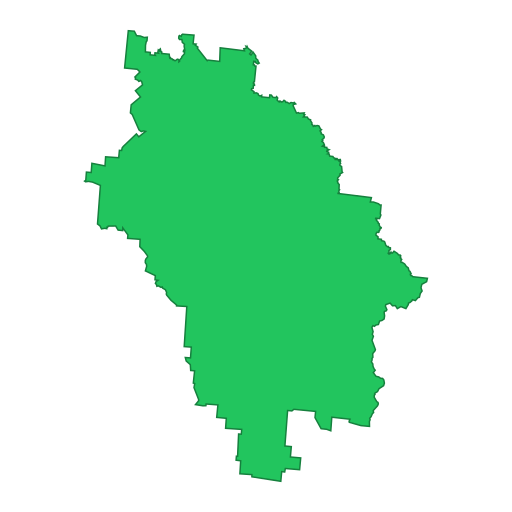 outline of Charters Towers, Queensland, Australia
{"feature_id": "25037944B10597176528862", "entity_name": "Charters Towers", "entity_type": "district", "adm_level": 2, "iso_a3": "AUS", "parent_name": "Australia", "parent_adm1": "Queensland", "projection": "albers", "projection_center": [146.233, -20.209], "detail": "fine", "context": "isolated", "style": "filled", "palette": "green", "viewbox_px": 512, "rotation_deg": 0, "n_neighbors": 0, "source": "geoboundaries", "source_scale": "gbopen_adm2", "svg_char_len": 5992}
<svg xmlns="http://www.w3.org/2000/svg" viewBox="0 0 512 512"><path d="M280.8,481.3L281.7,471.6L284.7,472.0L285.3,468.5L299.6,469.7L300.7,457.9L290.4,457.0L291.3,446.6L284.9,446.0L287.6,410.5L291.9,410.9L293.9,409.3L315.6,411.4L315.0,417.6L321.1,428.7L326.7,429.3L330.8,430.8L331.8,417.2L350.0,419.2L349.1,421.2L349.3,422.3L360.9,425.6L369.5,426.4L369.4,421.5L370.1,419.8L369.7,418.3L371.1,416.7L372.4,413.6L373.6,412.6L373.2,410.6L377.6,405.7L378.3,403.9L378.0,402.4L376.8,401.7L374.2,397.2L374.3,395.4L375.0,394.3L374.6,393.9L375.1,393.0L377.5,391.6L379.0,388.7L383.6,385.7L384.4,383.1L383.8,379.9L382.6,378.4L380.6,378.3L378.7,376.9L376.0,376.3L373.3,372.6L375.2,370.2L374.1,368.9L373.0,366.3L372.8,363.9L371.4,361.9L372.1,359.9L372.0,358.4L372.9,357.3L372.7,353.6L375.0,350.8L375.4,349.6L372.0,340.3L373.4,336.3L372.3,334.4L373.1,331.7L371.9,327.4L373.0,325.6L374.4,326.3L376.0,325.0L378.4,324.5L379.6,321.0L381.9,320.5L384.1,319.0L384.6,315.9L384.1,312.3L384.5,311.4L386.3,310.8L386.9,309.7L385.4,306.2L385.8,304.6L390.1,303.1L392.5,305.8L395.4,305.6L397.3,308.6L400.9,306.6L405.9,308.6L408.3,304.6L408.5,303.0L409.8,302.6L411.9,300.9L412.4,299.7L415.4,300.6L417.9,297.7L419.4,297.3L420.3,293.5L422.1,291.0L421.0,287.8L421.8,284.3L426.6,281.7L427.4,278.3L412.8,276.7L411.7,275.6L410.9,275.6L410.3,274.7L410.4,274.0L411.1,273.7L410.0,271.4L409.0,270.7L408.2,267.8L406.3,266.4L404.7,264.0L402.1,262.3L401.1,262.4L400.8,261.1L401.7,259.4L400.6,258.6L400.9,258.0L400.2,257.0L400.8,255.9L400.3,255.1L398.5,254.9L397.5,253.5L394.0,251.2L392.4,253.1L391.4,253.0L391.0,252.1L390.0,253.8L389.0,254.1L388.2,253.2L389.1,252.7L388.9,250.5L390.4,249.5L390.4,247.8L388.6,247.4L388.2,246.5L387.5,246.7L385.9,245.5L384.7,241.9L383.9,241.2L381.5,240.7L381.4,239.3L377.9,238.8L378.1,236.9L375.9,235.1L376.1,233.4L377.0,232.2L378.2,232.5L379.1,231.9L379.0,230.8L379.9,230.0L380.0,228.5L381.0,228.4L381.2,227.5L380.4,227.3L379.2,225.2L379.3,223.9L378.2,223.2L378.2,222.3L376.4,220.2L376.7,219.5L375.6,218.7L375.8,218.2L379.5,218.6L380.9,215.0L380.3,214.0L381.1,205.0L380.0,205.0L378.4,203.7L373.4,202.0L370.3,202.0L371.4,197.6L337.4,193.4L339.2,192.8L338.7,191.0L339.6,189.7L339.0,189.0L339.2,184.5L337.7,182.8L337.9,182.2L337.2,181.0L338.4,179.7L337.6,179.3L337.7,177.8L340.1,175.2L339.9,174.0L342.6,172.5L342.1,171.8L341.6,166.5L339.9,165.4L339.8,164.2L340.6,163.6L339.9,161.4L340.6,161.1L340.3,159.5L339.4,159.6L339.8,161.0L339.1,161.2L337.0,158.5L336.1,158.6L336.4,159.5L335.1,159.5L334.8,158.1L333.7,157.8L332.9,156.5L329.7,156.1L329.1,154.1L328.0,153.9L328.7,153.6L328.7,152.3L326.7,151.4L326.8,150.9L329.1,149.7L327.0,148.9L326.8,147.4L324.7,147.3L324.5,145.9L323.6,146.5L322.3,146.2L324.3,144.6L323.3,142.4L321.9,141.5L322.8,140.3L322.2,139.6L323.9,138.2L324.3,137.0L323.4,134.9L321.2,133.8L321.1,132.3L320.0,130.9L321.5,129.7L320.5,129.0L318.9,125.9L317.1,125.5L315.2,126.2L314.8,125.5L313.3,126.4L312.7,125.0L311.7,124.4L312.0,123.0L310.5,120.7L310.6,119.8L308.4,119.0L307.3,117.1L303.4,116.9L304.3,115.9L304.0,115.1L304.8,114.7L303.7,113.9L304.2,112.9L299.2,113.3L298.5,112.6L296.5,113.1L293.1,105.7L293.3,104.6L295.7,103.9L294.2,102.4L293.5,103.0L291.0,102.5L289.2,103.6L287.3,102.3L285.8,102.4L285.6,101.4L284.0,100.3L282.7,101.7L281.6,102.0L280.0,101.0L279.7,101.9L279.1,101.9L277.1,100.1L277.7,98.0L276.6,96.6L275.8,97.6L272.9,97.3L271.4,95.1L269.8,94.9L269.5,97.7L261.6,96.9L261.7,95.3L260.1,96.0L258.5,95.1L258.0,93.6L256.5,92.9L253.9,93.0L254.0,91.6L251.4,89.9L251.7,88.6L253.2,88.3L253.4,85.3L254.5,85.3L254.4,84.1L253.3,83.2L253.7,82.0L254.4,81.8L256.0,66.1L254.7,66.0L254.4,64.9L253.3,64.8L253.7,61.3L255.4,61.5L255.3,62.4L257.8,63.9L259.2,63.1L258.0,61.3L257.9,60.2L255.8,58.3L255.7,55.8L253.1,52.2L251.0,55.0L249.6,53.9L251.8,51.2L247.9,48.2L247.1,46.5L246.9,47.1L246.1,46.6L246.5,47.6L245.7,48.4L243.8,48.7L244.5,50.8L220.2,47.8L219.7,61.4L207.9,60.1L207.2,60.7L197.3,48.1L197.9,47.1L195.3,45.2L196.1,44.1L193.1,43.8L194.0,35.1L182.5,34.2L181.7,34.9L181.3,36.4L179.5,35.5L178.9,36.1L178.7,38.2L179.5,39.5L181.9,39.5L182.3,42.4L184.5,44.3L184.1,46.0L184.8,50.1L183.9,50.0L183.3,51.2L183.4,51.7L184.6,51.8L184.4,53.8L181.9,56.6L181.6,57.8L179.5,60.1L179.6,61.3L178.9,61.8L179.0,60.3L178.3,59.4L177.3,59.2L175.3,60.7L174.2,60.5L173.7,59.7L172.8,59.8L172.4,59.0L169.9,58.4L169.7,57.6L170.2,57.4L169.5,56.8L169.2,54.2L161.7,53.5L161.8,52.0L160.9,51.4L160.3,48.9L159.6,49.6L159.5,50.9L158.3,49.9L157.8,52.4L158.4,53.2L155.0,52.8L154.8,54.6L155.3,55.4L150.1,54.8L150.3,52.4L145.4,51.9L145.5,45.3L146.2,41.8L147.0,40.8L147.3,37.2L144.2,37.5L140.3,36.0L136.6,35.7L134.3,31.2L128.3,30.7L124.6,68.0L137.3,69.3L139.9,72.0L134.9,77.0L135.5,77.5L135.3,79.2L137.6,80.0L138.9,81.4L140.6,80.5L141.8,81.9L142.5,84.9L135.4,90.7L140.5,97.0L131.2,104.8L130.4,112.9L132.2,114.4L139.0,129.9L141.3,131.6L143.2,130.9L145.6,131.4L138.8,136.8L136.4,133.9L123.3,146.4L122.2,147.8L121.6,150.5L119.4,150.3L118.7,157.7L105.6,156.8L105.0,165.9L91.9,163.3L91.2,172.5L86.4,172.1L85.8,180.3L84.6,181.1L85.6,181.8L88.5,181.4L92.5,182.1L100.4,185.4L97.5,224.0L100.0,225.9L101.5,228.9L104.7,228.3L106.8,228.7L106.9,227.2L107.6,227.3L108.2,226.1L115.7,226.0L118.1,230.1L122.7,230.6L122.8,227.9L127.9,234.9L127.6,238.4L140.1,239.3L139.8,246.7L144.4,251.5L147.5,255.8L147.6,256.9L145.8,259.1L145.3,260.6L145.3,262.7L146.4,264.3L146.7,266.2L145.4,270.9L155.3,275.6L155.0,279.8L158.0,280.3L156.1,281.6L155.4,283.4L156.4,284.5L156.9,286.3L158.2,285.8L160.9,287.3L162.3,287.0L162.6,288.1L165.4,289.7L166.6,292.4L166.3,294.1L166.7,295.1L171.0,300.3L176.5,304.9L176.5,305.9L186.8,306.5L184.2,346.6L191.3,347.1L190.5,357.9L185.3,357.5L186.2,361.0L190.3,364.6L190.7,370.5L194.6,370.8L193.3,383.1L194.7,383.5L194.0,387.6L198.6,399.4L198.6,400.8L195.5,404.6L202.9,405.8L205.9,405.7L206.1,404.0L217.9,404.9L216.7,417.4L226.3,418.3L225.6,428.3L241.7,429.4L241.3,434.2L238.6,434.0L237.6,456.3L236.4,456.2L236.1,460.2L240.7,460.8L239.9,473.8L251.9,474.6L251.9,476.8L280.8,481.3Z" fill="#22c55e" stroke="#15803d" stroke-width="1.5"/></svg>